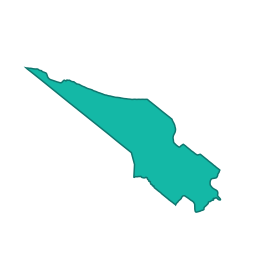 Soutr Nikom, Siemréab, Cambodia, rotated 129°
{"feature_id": "14789045B2635302859589", "entity_name": "Soutr Nikom", "entity_type": "district", "adm_level": 2, "iso_a3": "KHM", "parent_name": "Cambodia", "parent_adm1": "Siemréab", "projection": "orthographic", "projection_center": [104.128, 13.174], "detail": "fine", "context": "isolated", "style": "filled", "palette": "teal", "viewbox_px": 256, "rotation_deg": 129, "n_neighbors": 0, "source": "geoboundaries", "source_scale": "gbopen_adm2", "svg_char_len": 5816}
<svg xmlns="http://www.w3.org/2000/svg" viewBox="0 0 256 256"><g transform="rotate(129 128 128)"><path d="M102.9,30.2L102.9,31.2L102.9,32.2L103.0,34.5L102.9,36.0L103.0,37.7L102.9,39.7L102.9,41.5L103.0,44.9L102.9,46.0L102.9,47.0L102.9,48.4L102.9,49.6L102.9,50.5L102.9,51.7L102.9,53.4L102.9,54.5L102.9,55.1L103.1,55.5L103.6,55.8L104.5,56.4L105.0,56.7L105.3,57.2L105.5,57.9L105.7,59.2L105.7,60.5L105.7,61.5L105.7,62.5L105.8,63.4L105.9,64.6L105.8,65.7L105.8,68.1L105.8,69.5L105.8,70.8L105.7,71.9L105.8,73.2L105.8,73.7L105.8,74.2L105.9,74.8L106.6,75.1L107.1,75.2L108.1,75.5L109.0,75.7L110.1,75.8L110.7,76.2L110.9,78.1L110.9,79.7L110.8,80.9L110.5,83.4L108.9,85.1L108.2,85.8L107.6,86.6L106.9,87.1L106.2,87.5L105.4,87.9L104.2,88.2L102.8,88.5L101.6,88.8L100.5,89.3L99.6,89.9L98.9,90.4L98.6,90.8L98.1,91.4L97.3,92.5L96.6,93.3L96.1,94.1L95.6,95.1L95.1,96.1L94.9,96.7L94.6,97.4L94.1,98.4L93.8,98.9L93.5,99.4L93.5,100.0L93.5,101.8L93.6,111.8L93.6,126.3L93.7,128.0L93.6,129.2L93.6,130.9L93.8,131.3L94.0,131.6L94.8,132.5L95.3,133.1L95.8,133.7L96.1,134.2L96.5,134.7L97.0,135.2L97.4,135.8L98.0,136.4L98.6,137.3L99.1,137.9L100.1,139.0L100.5,139.5L100.9,140.1L101.4,140.8L101.8,141.3L102.4,141.9L102.9,142.4L103.4,143.0L104.1,144.2L104.8,145.3L105.1,145.7L105.4,146.2L105.8,146.8L106.2,147.5L106.5,148.0L107.0,148.7L107.2,149.0L107.4,149.3L107.7,149.8L108.0,150.3L108.3,150.9L108.8,151.8L109.3,152.8L109.5,152.9L109.5,153.2L109.8,153.7L110.1,154.3L110.4,154.6L110.7,155.2L111.2,155.8L111.4,156.2L111.8,156.7L112.2,157.4L112.5,158.0L112.7,158.5L113.0,159.0L113.3,159.7L113.6,160.3L113.9,160.9L114.1,161.5L114.4,162.0L114.7,162.5L115.1,163.2L115.4,163.8L115.6,164.3L115.8,164.7L115.9,165.2L116.1,165.5L116.6,166.3L116.8,166.9L117.1,167.5L117.3,168.2L117.5,169.0L117.7,169.6L118.0,170.3L118.2,171.0L118.4,171.6L118.6,172.1L118.9,172.8L119.2,173.5L119.3,174.1L119.6,174.9L119.8,175.8L120.1,176.6L120.3,177.2L120.7,178.1L120.8,178.7L120.9,179.4L121.0,180.1L121.2,180.5L121.4,181.1L121.6,181.6L121.9,182.2L122.2,183.0L122.4,183.5L122.7,184.2L122.9,184.9L123.0,185.5L123.2,186.1L123.3,186.6L123.4,187.3L123.6,188.0L123.8,188.5L124.0,189.1L124.1,189.6L124.2,190.0L124.4,190.6L124.5,191.5L124.7,192.1L124.7,192.7L124.7,192.9L124.9,193.5L125.3,194.2L125.5,194.8L125.8,195.2L126.1,195.7L126.1,196.2L126.0,196.7L126.1,197.2L126.1,197.5L126.2,198.0L126.1,198.7L126.3,199.4L126.7,200.0L126.8,200.2L127.1,200.5L127.3,201.2L127.4,201.4L127.5,202.3L127.6,202.9L127.8,203.7L128.2,204.1L128.8,204.8L129.1,205.3L129.1,205.6L129.7,205.7L130.2,205.7L130.5,205.9L130.7,206.8L130.8,207.4L131.4,207.9L132.4,208.0L133.7,208.1L134.6,208.3L135.0,208.5L135.3,208.8L135.6,209.5L135.9,210.0L136.2,210.8L136.5,211.5L136.7,211.9L137.0,212.7L137.3,213.6L137.4,213.9L137.7,214.7L137.8,215.0L138.1,215.7L138.2,216.1L138.7,217.4L138.9,217.8L139.0,218.3L139.2,218.9L139.3,219.0L139.4,219.8L139.4,220.5L139.2,221.6L139.1,222.2L138.9,222.5L137.9,224.1L137.2,225.2L137.0,225.8L136.9,226.4L137.6,228.7L137.9,229.4L138.1,230.3L138.1,231.1L137.9,231.3L138.2,231.6L138.3,232.1L138.6,232.5L138.9,233.2L138.9,234.6L139.3,235.8L140.2,236.8L141.1,238.1L141.7,239.0L142.1,239.9L142.8,241.1L143.7,242.3L144.4,243.5L145.2,244.6L145.4,245.0L145.5,243.7L145.4,237.7L145.3,225.1L145.3,189.4L145.2,173.8L145.0,138.2L145.1,128.7L145.0,109.9L152.2,100.0L162.5,92.5L162.4,92.1L162.1,91.9L161.9,91.9L161.6,91.9L161.3,91.8L161.1,91.5L160.9,91.2L160.6,90.8L160.4,90.6L160.3,90.4L160.2,90.2L159.7,89.9L159.5,89.6L159.1,89.4L158.9,89.0L158.6,88.7L158.2,88.2L157.9,87.9L157.5,87.6L157.7,86.5L157.6,85.9L157.4,85.5L157.2,85.1L157.0,84.7L156.9,84.4L156.5,84.0L156.2,83.5L155.6,83.3L155.0,83.0L154.9,82.5L154.8,81.8L154.7,81.6L155.0,81.3L155.4,80.7L155.5,80.2L155.6,79.9L155.5,79.5L155.5,79.2L155.6,78.9L155.9,78.6L156.2,78.3L156.1,77.9L155.9,77.4L155.7,77.1L155.8,76.8L156.1,76.7L156.3,76.5L156.6,76.1L156.7,75.9L156.7,75.7L156.8,75.4L156.9,75.2L157.2,75.0L157.2,74.6L157.1,74.4L157.0,74.2L156.9,73.9L157.0,73.6L157.2,73.3L157.4,72.9L157.3,72.6L157.4,72.2L157.4,71.7L157.2,71.7L156.9,71.5L157.1,71.2L157.3,70.9L157.5,70.5L157.8,70.0L157.8,67.3L157.8,66.4L157.8,65.3L157.8,64.0L157.7,62.8L157.7,61.9L157.8,61.1L157.9,60.4L157.9,59.4L157.9,58.2L157.9,56.8L157.9,53.9L157.9,52.4L158.0,50.9L157.9,49.7L157.9,48.3L157.8,47.0L157.8,45.7L157.8,44.4L157.7,43.1L157.8,42.6L157.4,42.7L156.9,42.8L156.2,42.9L155.5,42.9L154.6,42.8L154.4,42.7L154.0,42.8L153.4,42.8L153.0,42.8L152.7,42.8L152.0,42.7L151.1,42.5L150.4,42.4L149.5,42.3L149.0,42.4L148.2,42.6L147.2,42.7L146.8,42.7L146.3,42.5L145.9,42.3L145.5,42.0L145.3,41.7L145.0,41.3L145.0,40.7L144.9,39.8L144.8,39.0L144.7,37.8L144.6,36.6L144.6,35.6L144.5,33.2L144.3,32.1L144.3,31.0L144.4,30.3L144.9,28.9L145.4,28.1L146.1,27.5L147.0,26.7L147.9,25.9L148.9,25.1L149.8,24.1L150.3,23.5L150.6,22.9L150.6,22.4L150.3,21.9L149.3,21.1L148.2,20.3L147.6,19.9L147.0,19.5L146.2,19.2L145.5,18.7L144.8,18.2L143.9,17.8L143.4,17.8L142.4,18.6L141.6,18.8L140.5,18.7L139.7,18.5L139.4,18.5L138.8,18.4L136.6,18.2L136.0,18.3L135.5,18.6L134.9,18.8L134.1,18.4L133.4,17.8L132.8,17.6L132.0,17.5L131.4,17.2L130.8,16.7L130.2,16.3L129.8,16.4L129.7,16.9L129.5,17.2L128.9,17.2L128.4,16.7L127.8,16.2L127.1,15.9L126.7,15.6L126.6,14.8L126.7,13.8L126.7,12.6L126.4,11.8L126.1,11.3L125.7,11.0L125.4,11.1L125.2,11.3L125.0,11.9L124.9,12.4L124.7,13.2L124.6,14.4L124.4,15.2L124.0,15.9L123.5,16.4L122.8,16.7L122.4,17.0L121.9,17.4L121.5,17.8L121.1,18.4L120.8,19.2L120.8,20.4L121.0,21.4L121.2,22.5L121.3,23.4L121.4,24.5L121.3,25.3L121.1,26.2L120.9,27.0L120.7,27.9L120.1,28.7L119.5,29.3L118.6,30.0L117.8,30.5L116.8,30.9L116.0,31.1L115.4,31.1L114.8,31.0L114.3,30.7L113.5,30.0L112.7,29.3L112.0,28.7L111.4,28.2L110.5,28.0L109.8,28.1L109.3,28.2L108.6,28.4L108.0,28.8L107.4,29.1L106.8,29.2L105.9,29.3L105.2,29.4L104.4,29.7L103.9,29.9L103.3,30.0L102.9,30.2Z" fill="#14b8a6" stroke="#0f766e" stroke-width="1.5"/></g></svg>